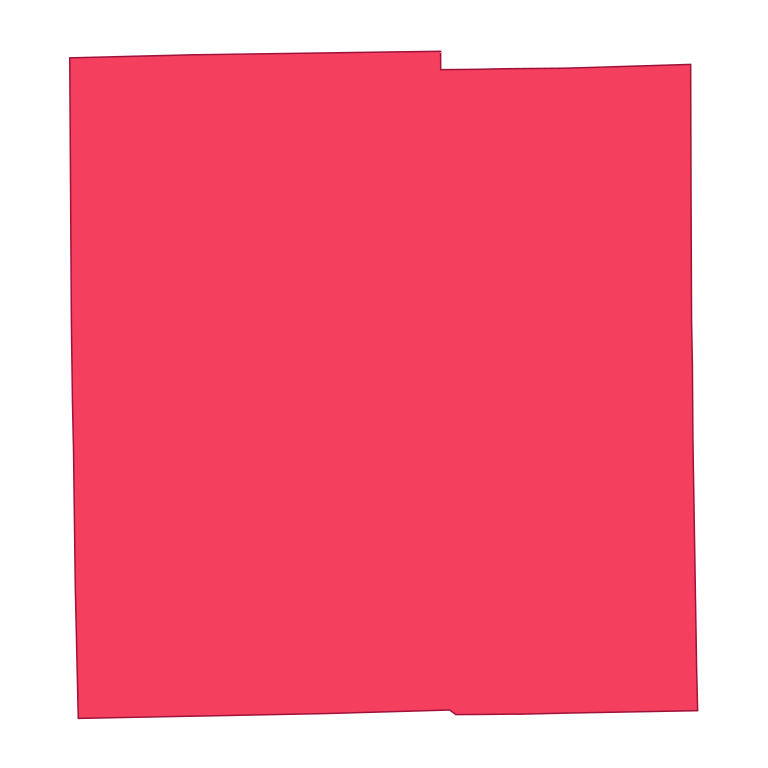 Dodge, Wisconsin, United States of America, rotated 269°
{"feature_id": "52423323B32671588728946", "entity_name": "Dodge", "entity_type": "district", "adm_level": 2, "iso_a3": "USA", "parent_name": "United States of America", "parent_adm1": "Wisconsin", "projection": "equal_earth", "projection_center": [-88.734, 43.414], "detail": "fine", "context": "isolated", "style": "filled", "palette": "rose", "viewbox_px": 768, "rotation_deg": 269, "n_neighbors": 0, "source": "geoboundaries", "source_scale": "gbopen_adm2", "svg_char_len": 535}
<svg xmlns="http://www.w3.org/2000/svg" viewBox="0 0 768 768"><g transform="rotate(269 384 384)"><path d="M569.3,694.3L698.2,696.2L696.6,571.9L697.1,509.9L697.0,484.1L697.3,446.2L715.7,446.4L716.5,199.6L715.6,75.5L450.4,72.5L450.0,72.5L372.2,72.2L326.1,72.4L318.3,72.4L186.8,71.8L55.0,72.5L55.5,320.2L56.9,444.0L52.2,450.1L51.9,474.8L51.7,502.8L51.7,507.6L51.5,512.7L51.8,567.7L51.9,691.9L52.0,691.9L94.0,691.6L324.3,691.9L396.5,692.7L439.8,692.6L569.2,694.3L569.3,694.3Z" fill="#f43f5e" stroke="#9f1239" stroke-width="1.5"/></g></svg>